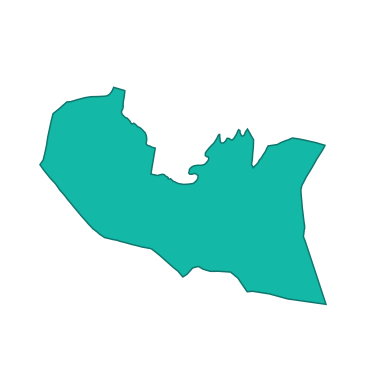 outline of Al-Falluja, Al-Anbar, Iraq, rotated 282°
{"feature_id": "34846034B2556059967776", "entity_name": "Al-Falluja", "entity_type": "district", "adm_level": 2, "iso_a3": "IRQ", "parent_name": "Iraq", "parent_adm1": "Al-Anbar", "projection": "natural_earth1", "projection_center": [43.931, 33.191], "detail": "fine", "context": "isolated", "style": "filled", "palette": "teal", "viewbox_px": 384, "rotation_deg": 282, "n_neighbors": 0, "source": "geoboundaries", "source_scale": "gbopen_adm2", "svg_char_len": 3503}
<svg xmlns="http://www.w3.org/2000/svg" viewBox="0 0 384 384"><g transform="rotate(282 192 192)"><path d="M179.6,309.8L182.5,309.1L185.4,308.0L188.8,306.8L193.3,305.3L199.4,303.2L204.4,301.7L212.1,299.3L216.5,298.1L219.0,298.1L221.3,298.1L225.4,299.3L230.4,300.6L240.5,304.2L243.9,305.3L250.1,307.2L260.2,311.0L264.1,312.1L265.3,312.4L265.6,308.5L266.0,303.2L266.1,296.8L266.2,291.6L266.1,284.9L265.7,279.2L264.7,277.4L262.9,275.2L262.2,273.7L258.7,268.5L256.1,265.5L254.8,262.0L252.9,256.9L251.2,256.4L249.5,255.9L247.0,255.4L243.5,254.0L239.3,252.5L237.7,251.5L236.0,250.9L234.5,250.6L233.0,249.7L232.3,249.3L228.5,246.8L229.3,246.3L231.3,244.5L232.4,244.4L234.2,244.4L236.4,244.2L238.6,243.9L242.1,243.4L243.8,243.2L248.4,242.7L252.5,242.0L254.7,241.6L256.0,241.3L258.9,238.6L261.8,236.1L265.1,233.2L263.1,232.3L261.5,231.7L259.3,231.5L257.9,230.8L257.2,229.8L257.3,228.7L259.8,226.8L260.7,226.5L261.6,226.2L262.1,226.1L262.6,224.6L261.3,224.2L259.9,223.9L259.1,223.8L256.7,223.2L253.5,222.0L252.1,221.2L251.2,220.5L251.2,220.0L251.2,218.9L251.9,217.7L252.1,216.1L251.7,215.1L249.5,214.5L249.4,214.5L247.5,213.4L246.3,212.3L246.1,210.5L247.1,209.2L249.0,208.6L251.4,207.8L253.3,207.3L254.0,207.1L253.8,206.4L252.0,205.7L250.3,205.4L247.7,204.5L244.4,203.3L243.6,202.7L239.8,200.3L238.4,199.5L235.0,197.8L233.1,197.0L230.5,197.4L229.6,198.8L229.6,200.4L228.8,201.4L226.3,201.3L223.4,199.8L221.9,198.8L221.7,198.6L221.1,197.7L220.6,196.8L220.0,195.3L219.3,191.8L217.9,188.3L216.1,186.2L214.9,185.5L213.8,184.9L209.9,184.9L209.0,185.9L209.0,186.2L209.3,188.1L210.7,190.8L210.4,192.7L209.2,194.6L206.4,194.9L203.8,193.9L200.7,191.6L200.3,190.6L199.4,188.2L198.6,185.7L197.7,182.3L197.4,177.3L197.4,177.0L198.8,171.0L200.5,168.4L199.9,167.3L199.8,166.0L200.8,165.9L201.6,164.8L201.9,163.2L203.1,161.3L203.3,159.8L202.5,157.7L201.0,155.1L201.0,148.1L208.4,147.7L212.0,147.6L221.0,147.2L223.9,147.1L227.3,146.9L227.4,144.5L227.5,143.3L228.1,141.6L228.2,140.9L228.2,140.1L228.3,139.1L229.1,137.5L230.1,137.0L233.4,136.9L233.5,136.9L235.4,136.4L236.5,136.0L237.7,135.5L238.7,134.9L240.3,133.8L241.2,132.3L242.4,130.7L243.6,128.8L243.7,128.6L244.3,126.9L244.6,125.1L245.6,123.9L246.1,123.0L246.9,121.5L247.2,120.8L246.0,119.2L246.5,118.1L248.0,117.0L248.4,116.5L249.1,115.6L250.8,113.1L251.0,111.3L252.0,109.6L253.0,108.1L254.5,106.7L256.9,106.2L257.8,106.8L258.7,106.9L259.8,107.0L261.2,106.9L262.4,106.7L263.6,106.3L266.7,106.0L270.6,105.9L271.7,105.8L276.2,105.4L277.2,105.2L278.1,93.6L275.2,93.1L273.7,92.6L271.9,91.8L270.6,91.1L268.7,89.3L268.1,88.1L267.7,87.1L266.9,84.3L265.8,80.1L265.1,77.2L264.6,75.0L264.2,73.4L262.3,68.4L261.9,67.5L258.8,61.3L256.3,56.7L255.1,54.5L254.1,50.9L246.4,45.2L239.7,39.8L230.7,39.5L215.6,39.5L207.7,40.0L200.4,40.0L192.4,39.8L191.7,39.5L187.1,37.6L182.8,42.2L176.2,50.3L171.4,57.1L166.1,62.7L162.4,67.8L158.6,72.2L155.6,76.1L152.8,79.5L149.4,83.9L145.2,89.2L142.2,93.4L139.7,96.6L135.4,102.8L133.4,107.1L131.5,110.4L129.5,115.4L129.3,115.7L129.2,120.4L129.1,124.9L129.2,129.0L128.8,132.2L128.7,136.3L128.4,140.6L128.2,143.6L128.1,148.6L127.8,154.8L128.1,162.7L127.8,164.6L127.3,165.5L123.6,173.1L114.4,189.2L111.6,194.8L107.0,200.7L110.6,204.3L117.9,208.5L120.3,213.3L120.4,214.2L118.8,218.9L118.2,226.4L120.0,234.5L121.7,246.4L117.3,254.8L110.2,262.2L106.1,266.5L105.9,266.7L107.5,271.9L108.4,288.6L107.3,307.8L109.6,340.7L110.0,346.4L166.8,313.3L169.6,311.5L171.6,310.2L174.8,310.0L178.4,309.6L179.6,309.8Z" fill="#14b8a6" stroke="#0f766e" stroke-width="1.5"/></g></svg>